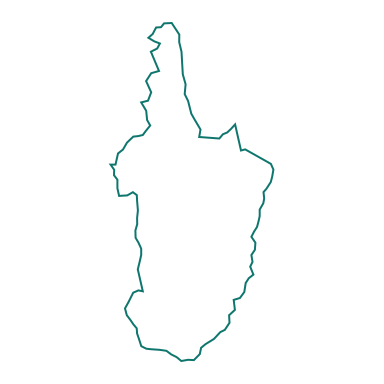 outline of Jaboticaba, Rio Grande do Sul, Brazil
{"feature_id": "56859067B75615460624400", "entity_name": "Jaboticaba", "entity_type": "district", "adm_level": 2, "iso_a3": "BRA", "parent_name": "Brazil", "parent_adm1": "Rio Grande do Sul", "projection": "natural_earth1", "projection_center": [-53.269, -27.616], "detail": "fine", "context": "isolated", "style": "outline", "palette": "teal", "viewbox_px": 384, "rotation_deg": 0, "n_neighbors": 0, "source": "geoboundaries", "source_scale": "gbopen_adm2", "svg_char_len": 1582}
<svg xmlns="http://www.w3.org/2000/svg" viewBox="0 0 384 384"><path d="M193.9,360.1L199.8,354.1L201.1,347.8L205.6,344.1L214.0,338.9L220.3,332.1L224.8,329.9L229.5,322.8L229.1,315.2L234.9,309.9L233.7,299.9L239.9,298.0L244.3,292.0L245.7,283.0L248.8,278.2L253.4,274.6L250.2,266.7L252.5,261.9L251.4,255.0L254.9,249.8L255.4,242.7L251.4,236.8L254.0,231.7L257.0,227.0L258.3,222.3L259.7,216.1L259.7,209.6L263.3,203.3L264.2,198.5L263.5,192.1L266.4,188.8L270.8,182.0L272.2,176.6L273.4,169.6L270.9,163.9L245.2,149.4L241.0,150.5L235.1,124.4L231.1,128.8L227.2,132.5L223.0,134.2L219.3,138.5L199.2,137.0L200.5,129.5L194.4,119.2L191.3,113.7L188.1,101.0L184.7,94.1L185.6,84.3L182.8,74.3L181.5,51.7L179.2,42.1L179.3,34.6L171.7,23.0L164.0,23.4L161.0,27.2L156.1,27.5L152.7,34.0L148.4,37.8L154.2,41.3L159.9,43.5L157.2,48.5L150.9,51.7L153.2,57.2L159.0,71.0L151.2,73.2L146.1,81.1L151.2,92.3L148.0,100.7L141.2,102.4L146.2,110.8L147.1,120.0L150.2,125.5L145.7,131.1L142.8,135.0L138.1,136.1L133.3,136.6L127.0,142.6L123.0,149.5L118.0,153.5L115.5,164.6L110.6,164.6L114.2,169.8L114.0,175.2L117.4,179.7L117.4,188.3L119.1,195.9L127.3,195.4L132.9,192.2L136.8,195.1L137.1,200.9L137.9,210.5L137.1,218.0L137.2,224.2L135.4,230.5L135.6,237.8L138.5,242.7L141.2,248.7L141.2,255.0L139.7,261.6L137.8,269.4L142.8,291.3L138.4,290.4L133.2,292.7L128.6,301.9L125.0,308.4L126.8,315.2L130.5,320.1L133.4,324.4L136.7,328.3L137.1,333.5L139.2,339.7L141.3,346.2L146.3,348.7L150.6,349.2L154.9,349.5L159.4,349.8L166.4,350.8L171.2,354.4L176.6,357.1L181.3,361.0L188.0,359.8L193.9,360.1Z" fill="none" stroke="#0f766e" stroke-width="2"/></svg>